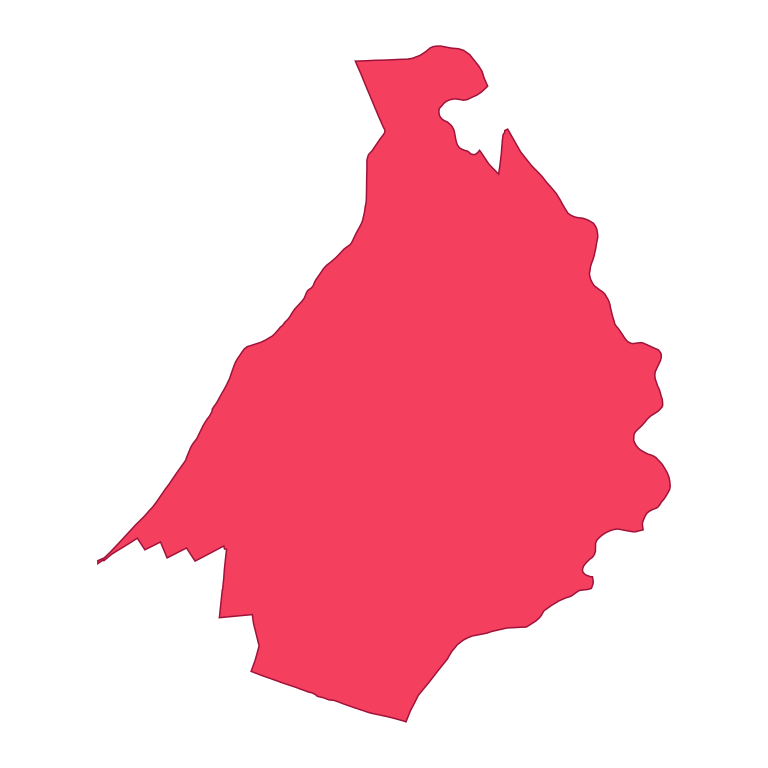 BOD, Brasov, Romania
{"feature_id": "2599482B89671579374338", "entity_name": "BOD", "entity_type": "district", "adm_level": 2, "iso_a3": "ROU", "parent_name": "Romania", "parent_adm1": "Brasov", "projection": "albers", "projection_center": [25.636, 45.77], "detail": "fine", "context": "isolated", "style": "filled", "palette": "rose", "viewbox_px": 768, "rotation_deg": 0, "n_neighbors": 0, "source": "geoboundaries", "source_scale": "gbopen_adm2", "svg_char_len": 6067}
<svg xmlns="http://www.w3.org/2000/svg" viewBox="0 0 768 768"><path d="M592.5,576.8L590.2,576.6L585.6,574.9L583.3,572.7L582.5,570.7L582.8,567.9L584.2,565.1L586.7,562.2L589.8,559.2L592.4,557.3L594.4,554.5L595.4,551.4L595.5,547.5L595.6,543.2L596.8,540.3L599.2,537.6L602.7,534.7L606.4,532.4L610.6,530.5L613.9,529.5L617.9,529.0L621.5,529.7L627.2,530.8L633.1,531.8L635.6,531.8L639.1,530.8L643.1,529.9L642.3,523.8L642.7,522.3L643.4,520.1L644.6,517.3L645.8,514.9L647.4,512.7L650.1,510.8L653.3,509.2L656.0,508.3L657.9,507.1L659.7,504.9L661.3,502.2L664.3,498.7L667.4,493.7L669.6,489.7L670.2,486.3L669.7,480.7L669.0,477.3L667.2,472.7L664.7,468.3L662.2,464.3L659.5,461.3L658.1,459.9L656.1,457.7L654.2,456.4L651.1,455.0L648.0,454.1L645.2,452.7L640.5,450.0L638.6,448.4L636.7,446.2L635.5,444.3L634.3,442.0L633.7,440.2L633.8,437.8L633.9,435.6L634.0,434.7L635.1,432.3L637.4,429.7L639.9,427.5L642.5,424.9L645.3,421.7L647.1,419.3L650.8,415.9L654.8,413.4L658.1,411.2L660.3,409.0L661.9,407.2L662.7,405.3L662.6,402.3L662.1,398.7L661.1,396.0L660.4,392.9L659.1,389.0L657.5,385.7L656.3,382.0L655.2,378.8L654.8,375.4L655.2,371.9L656.6,368.8L660.5,360.5L661.3,357.1L661.2,354.2L660.3,352.3L658.2,349.7L655.6,348.7L648.4,345.4L646.5,344.5L644.6,343.7L643.0,343.0L640.9,342.6L638.7,342.8L636.9,343.1L634.5,343.4L632.6,343.6L631.3,343.4L629.4,342.5L627.6,341.5L626.3,340.2L624.5,337.8L623.3,335.9L621.9,333.8L619.9,330.8L618.1,328.3L615.9,325.7L614.7,323.7L614.0,320.6L613.0,317.8L612.2,314.8L611.3,311.0L610.4,307.5L610.0,304.8L609.1,301.9L607.9,299.2L606.3,296.6L604.9,294.1L602.8,292.0L599.8,290.0L594.0,285.5L592.2,282.6L590.7,279.5L589.8,276.3L589.4,273.7L590.0,270.5L590.5,266.7L591.7,262.9L592.9,259.8L594.0,256.3L594.9,252.3L595.8,248.3L596.3,244.6L597.2,240.2L597.8,237.1L597.6,234.1L596.9,229.4L595.4,226.1L593.5,223.3L589.4,220.8L586.4,219.4L582.3,218.1L578.5,217.8L574.6,216.9L571.2,215.4L568.0,213.3L563.0,205.2L560.2,199.9L556.3,193.6L551.9,188.3L546.5,182.2L541.6,175.9L531.5,165.6L520.7,152.0L507.7,129.1L504.7,130.6L504.8,131.8L504.4,133.0L503.4,134.0L503.1,134.9L502.4,139.9L501.9,146.1L501.2,154.8L500.5,160.4L499.9,165.6L499.5,168.1L498.6,174.1L491.9,167.3L488.9,164.1L480.6,151.7L479.5,150.3L478.0,152.3L475.3,154.4L473.4,154.6L470.8,153.9L469.4,152.5L467.5,151.1L465.4,150.6L462.0,149.3L459.5,147.8L457.5,145.1L456.6,142.8L455.8,139.6L455.2,136.1L454.4,132.0L453.8,129.7L452.7,127.6L451.4,125.6L449.8,124.1L448.2,122.6L447.1,121.8L446.2,121.5L444.2,120.5L442.3,119.4L439.9,116.5L439.1,113.8L438.9,111.3L439.3,108.6L440.6,107.1L442.5,105.0L444.0,103.2L446.4,101.3L450.1,99.7L453.8,99.0L456.2,99.0L460.4,99.6L463.5,100.2L467.3,99.6L471.3,97.6L476.9,95.1L481.5,92.0L487.7,86.2L484.1,78.0L482.1,71.5L478.6,65.8L473.6,59.6L469.8,54.7L463.6,50.3L458.3,48.7L451.4,48.1L446.6,47.2L440.9,46.1L436.7,46.1L433.3,46.6L430.2,47.9L426.1,51.4L420.0,55.4L412.4,58.3L407.0,59.2L401.0,59.3L393.2,59.7L384.7,60.1L374.8,60.3L367.2,60.7L359.4,61.0L355.3,61.1L357.1,65.3L359.2,70.0L361.3,74.8L365.5,85.1L372.4,101.6L378.3,115.7L383.3,127.1L384.5,129.3L384.9,130.4L384.9,131.6L384.5,132.9L383.0,135.2L379.9,139.2L378.9,140.7L372.1,150.7L369.1,154.0L368.3,155.1L367.8,156.8L367.2,158.9L366.9,160.9L366.9,170.0L366.6,181.3L366.5,191.8L366.3,199.7L366.1,202.5L365.2,206.9L364.5,212.1L362.7,219.9L362.2,221.6L361.5,223.3L360.5,225.3L356.2,233.1L352.2,241.5L350.5,244.3L348.0,246.2L344.3,248.8L343.1,250.0L339.9,253.5L336.0,257.5L331.1,261.8L326.8,265.1L324.9,267.1L322.9,269.4L321.4,271.8L317.4,277.6L316.1,279.4L314.6,282.1L313.1,285.8L311.6,287.7L310.6,288.5L308.6,289.7L307.4,291.0L306.3,292.9L305.5,295.1L304.2,298.2L303.0,299.8L301.6,301.6L299.3,304.1L294.8,309.0L292.5,312.3L291.2,314.3L290.3,316.0L288.3,318.8L286.4,320.8L284.8,322.3L282.6,325.4L280.3,327.2L278.7,329.2L274.7,333.8L272.1,336.2L269.5,337.6L266.4,339.6L263.5,341.0L260.8,342.3L256.5,343.7L251.9,345.2L248.8,346.2L247.1,346.7L246.3,347.4L244.6,348.6L243.2,350.4L241.6,352.6L240.2,354.8L237.8,358.2L236.5,360.4L235.5,362.1L234.9,363.7L233.9,366.0L233.2,368.1L231.8,372.0L230.4,376.1L229.6,378.5L228.6,380.6L226.1,385.8L223.8,390.0L220.4,395.9L217.5,401.3L215.8,404.0L214.4,405.9L213.0,408.0L212.4,408.9L212.1,410.5L211.8,411.9L210.7,413.9L209.6,415.9L208.6,417.3L207.2,419.0L206.0,420.9L204.8,422.7L202.8,426.2L200.7,430.6L199.1,433.8L197.7,436.7L197.0,438.3L195.5,440.3L194.1,442.1L192.7,444.0L191.2,446.5L190.1,448.9L189.4,450.6L187.2,456.0L186.3,458.2L185.9,459.8L184.9,461.4L178.2,470.8L173.6,477.4L169.1,484.1L165.4,489.0L160.3,496.4L157.0,501.2L152.7,507.0L149.7,510.1L144.6,516.0L135.0,525.5L120.3,541.5L109.5,552.9L104.2,557.9L97.8,560.7L97.9,561.2L97.9,561.8L97.9,563.6L100.3,561.9L103.4,560.0L103.9,560.7L106.1,558.9L108.3,557.0L111.5,554.4L113.1,553.3L113.6,553.0L116.8,551.0L125.8,545.5L130.0,542.9L137.3,538.2L144.9,549.8L160.5,542.0L167.1,557.9L186.5,548.0L194.9,560.9L195.1,561.1L223.8,546.0L224.5,549.0L226.6,549.3L225.9,554.8L225.1,562.5L224.3,570.2L223.8,577.9L223.0,585.6L222.7,589.2L222.3,589.7L221.1,601.1L219.5,616.5L219.3,617.7L220.2,617.6L252.3,614.6L253.6,623.9L255.5,631.3L258.6,644.0L259.2,645.4L257.1,653.3L255.0,660.7L251.1,671.4L262.6,675.8L267.5,677.5L282.8,683.0L289.7,685.3L296.6,687.6L299.9,688.9L306.3,691.2L309.8,692.5L311.0,692.5L312.3,693.0L315.0,694.3L316.0,695.0L316.8,695.9L318.0,696.5L319.9,696.9L322.7,697.6L324.6,698.2L329.4,700.0L330.3,700.0L333.8,700.3L337.5,701.6L342.0,703.3L344.0,704.1L354.0,707.6L369.9,712.9L374.5,713.9L389.3,717.1L397.6,719.3L405.4,721.5L405.9,721.9L406.0,721.7L406.2,721.3L410.6,710.4L414.4,703.2L418.4,695.2L423.4,689.1L428.5,683.0L437.6,671.2L447.5,658.9L448.7,656.5L450.8,653.1L452.1,651.0L454.4,648.4L457.3,644.7L459.4,643.1L462.9,640.4L464.8,639.3L468.6,637.4L472.8,635.8L475.5,635.4L487.1,633.1L491.2,631.6L506.8,628.0L522.0,627.2L525.3,627.1L526.6,626.9L532.1,623.4L535.6,621.2L539.5,617.8L541.3,615.4L543.5,611.5L544.2,610.6L545.9,609.4L551.5,605.4L559.1,600.8L565.2,598.1L571.1,596.2L576.5,592.3L579.3,590.5L582.8,590.0L587.6,589.5L591.2,588.5L591.9,587.1L592.8,584.5L593.3,582.1L592.5,576.8Z" fill="#f43f5e" stroke="#9f1239" stroke-width="1.5"/></svg>